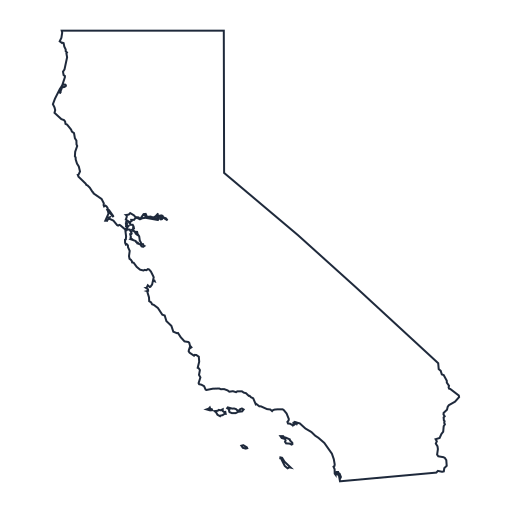 the State of California
{"feature_id": "USA-3521", "entity_name": "California", "entity_type": "State", "adm_level": 1, "iso_a3": "USA", "parent_name": "United States of America", "parent_adm1": "", "projection": "robinson", "projection_center": [-120.441, 37.266], "detail": "fine", "context": "isolated", "style": "outline", "palette": "slate", "viewbox_px": 512, "rotation_deg": 0, "n_neighbors": 0, "source": "natural_earth", "source_scale": "10m", "svg_char_len": 6028}
<svg xmlns="http://www.w3.org/2000/svg" viewBox="0 0 512 512"><path d="M436.3,472.6L340.0,481.3L339.0,475.8L338.3,474.7L336.0,474.0L335.9,473.4L336.7,472.6L338.2,473.3L340.4,478.0L340.9,477.0L339.6,473.7L337.8,472.5L337.9,472.0L336.5,472.0L335.4,472.9L335.5,474.7L334.7,473.6L334.6,469.2L333.5,466.7L334.5,465.9L334.7,464.4L333.8,459.2L331.9,453.7L324.3,442.9L318.4,437.8L315.2,435.7L311.5,432.1L305.4,428.5L299.8,423.4L296.2,422.4L297.0,423.5L296.8,423.9L295.6,422.1L294.3,422.3L293.4,422.7L293.6,424.7L292.8,425.3L290.0,423.7L288.0,423.5L287.4,421.9L288.6,420.4L288.8,419.0L286.6,413.5L283.8,410.1L282.6,409.3L277.7,409.3L274.5,409.6L272.9,410.2L272.1,411.1L270.3,409.5L267.0,409.1L260.8,406.3L259.3,406.3L256.1,403.8L255.7,404.2L253.2,398.3L250.9,397.2L249.6,395.8L248.8,395.9L246.0,393.2L243.7,392.6L241.9,391.3L237.3,391.3L236.1,392.2L232.9,391.2L229.3,391.7L227.6,390.4L224.1,389.1L220.8,389.2L219.2,388.5L212.8,388.7L206.4,390.0L205.6,389.6L204.1,386.2L201.4,384.7L199.1,384.2L198.6,383.1L200.4,377.4L199.0,374.9L199.9,370.1L198.8,368.3L197.7,367.8L199.2,361.7L198.8,356.7L196.3,355.0L194.6,354.9L194.0,355.7L189.6,352.7L188.7,351.4L188.8,350.3L190.2,346.1L190.4,348.0L191.4,347.3L190.0,345.7L189.2,342.7L188.3,342.0L184.5,341.4L180.7,337.2L178.0,333.0L177.0,333.2L173.3,331.7L171.4,325.9L166.4,321.1L164.7,315.5L162.3,314.7L157.9,308.0L153.8,304.9L152.1,304.3L151.1,302.4L149.2,301.2L149.0,297.4L147.5,292.5L147.6,291.3L147.0,291.1L148.1,290.8L148.0,289.3L146.0,287.9L146.6,287.8L147.8,285.3L149.7,287.0L150.4,286.8L152.1,284.5L153.0,280.6L154.7,281.3L154.4,280.5L153.1,280.0L153.7,277.3L153.1,275.9L150.9,271.5L149.1,269.5L147.9,269.1L146.4,270.2L144.6,269.9L143.5,270.5L140.1,269.7L136.7,266.9L133.7,262.8L132.1,262.4L132.1,261.6L130.9,259.8L129.5,258.8L129.0,256.1L129.7,250.9L128.0,247.2L127.9,245.4L126.7,244.1L125.9,244.6L125.1,242.8L125.0,239.8L125.8,239.4L126.1,236.4L125.4,230.9L126.5,230.4L126.9,229.5L129.6,229.5L131.7,233.3L131.4,234.0L130.2,234.2L130.9,236.9L130.5,238.0L131.7,238.9L130.9,239.3L135.7,241.0L136.1,242.0L137.7,242.6L137.4,243.4L140.3,244.4L141.6,246.4L143.2,246.8L144.3,246.0L143.5,245.6L143.1,244.2L141.9,244.1L141.3,243.4L139.8,240.5L139.2,236.4L138.1,234.7L137.5,234.2L137.2,234.8L135.7,233.6L135.3,232.7L137.3,232.7L137.1,231.9L134.5,231.7L133.9,230.9L132.6,230.8L132.9,229.8L132.2,229.6L134.0,228.5L133.7,227.0L133.2,227.1L133.3,225.9L132.7,224.8L130.3,224.8L130.4,224.2L128.8,222.1L130.1,222.5L130.2,221.9L131.6,221.0L131.3,219.9L134.0,219.9L134.9,218.6L136.8,217.7L139.9,219.3L142.5,218.2L145.5,217.8L157.9,220.0L158.2,219.6L156.7,218.9L158.2,218.1L158.6,216.5L161.1,215.7L162.1,216.1L162.3,216.9L162.0,217.5L160.6,217.5L160.1,218.3L160.9,219.4L162.0,219.1L162.6,217.3L167.5,220.3L165.9,218.3L163.4,217.4L162.5,215.8L161.3,215.4L158.3,216.0L157.5,218.0L155.8,219.0L154.4,218.7L154.3,217.5L156.8,216.0L158.2,213.4L155.6,216.3L153.4,217.5L151.7,217.0L149.7,217.9L148.5,217.7L149.3,216.7L146.8,216.9L145.1,215.8L146.3,215.2L145.7,213.9L143.6,214.1L140.6,218.4L139.5,218.4L138.5,217.4L135.5,217.1L133.9,215.3L130.2,213.1L128.7,214.6L126.0,215.0L126.6,215.5L126.8,216.8L125.8,219.6L128.2,221.2L126.3,221.9L126.8,223.2L125.9,223.3L125.9,224.0L128.4,226.1L127.6,227.0L127.0,225.8L126.1,225.5L126.0,226.5L126.9,227.1L127.2,228.5L124.9,229.2L120.3,225.3L119.3,224.9L118.1,225.6L117.1,225.1L113.4,220.6L109.5,218.8L109.1,218.1L109.6,217.3L108.5,217.6L109.0,219.0L107.3,219.8L107.2,220.5L107.9,220.8L105.3,220.7L108.5,213.6L107.9,211.0L106.7,208.9L113.3,217.0L113.1,215.9L109.1,210.2L107.8,209.2L107.5,207.8L106.5,206.4L105.4,205.6L104.1,206.4L103.6,205.1L103.8,203.3L101.6,199.0L93.5,193.4L93.3,192.5L92.4,191.8L89.8,187.7L87.5,185.4L86.3,184.9L85.7,183.7L78.5,176.7L77.8,174.9L78.5,174.7L80.0,171.5L78.8,166.5L77.0,163.6L75.7,159.5L75.6,157.4L74.9,156.3L75.2,151.7L77.2,146.0L76.5,144.4L76.4,140.6L74.9,138.2L74.0,133.1L71.9,131.6L71.1,129.6L67.1,124.6L65.5,123.9L65.1,121.5L64.0,120.1L61.3,119.1L54.5,112.8L55.2,110.1L54.5,107.4L52.9,104.2L55.0,98.6L59.7,89.3L60.1,89.7L58.9,92.2L60.2,92.8L60.7,92.0L60.5,90.4L61.1,90.0L62.0,87.4L64.3,87.0L65.7,86.2L65.9,85.3L65.2,84.6L63.1,84.5L61.3,88.1L60.4,89.4L60.0,89.0L62.3,85.1L64.9,77.2L64.9,76.0L63.6,75.1L63.0,71.7L64.5,69.4L67.1,57.3L66.4,53.3L67.0,52.5L65.7,51.2L65.7,49.5L64.3,46.6L63.6,43.1L62.5,42.7L62.0,43.0L59.7,41.3L61.4,37.8L62.2,32.6L61.7,30.7L223.8,30.7L224.1,172.9L297.9,235.1L356.3,287.7L438.2,363.2L438.7,369.1L440.7,370.8L441.8,374.4L443.7,375.1L446.8,380.8L446.8,382.6L449.0,385.8L448.6,387.2L449.0,388.6L450.3,389.0L458.8,395.5L459.1,397.1L455.0,401.7L448.8,405.2L447.7,406.8L447.0,409.7L443.6,412.9L443.5,414.5L444.7,416.3L443.6,417.4L443.9,420.5L444.6,421.2L444.2,422.9L444.9,424.3L443.7,426.2L443.2,431.7L441.4,434.0L439.6,438.0L435.6,439.2L436.8,441.3L435.8,443.6L437.5,446.3L437.9,449.1L437.1,454.6L438.3,456.3L443.5,457.2L444.9,458.0L446.3,460.2L446.7,465.8L444.3,468.1L443.8,471.4L442.1,471.8L437.9,470.9L436.3,472.6ZM243.6,409.5L242.1,411.4L238.2,411.8L235.7,413.1L231.8,413.1L229.5,412.1L229.0,410.7L229.4,409.6L227.2,408.2L227.8,407.4L232.2,408.6L234.1,408.5L236.0,409.1L237.1,410.2L239.1,410.5L239.8,410.2L240.1,409.2L241.9,408.5L243.6,409.5ZM222.7,409.3L222.6,410.9L224.2,412.1L225.3,411.9L225.7,413.9L224.5,413.9L222.5,415.2L220.5,415.6L220.1,416.2L217.5,414.8L216.1,412.4L214.6,411.1L217.7,410.8L218.7,409.9L220.6,410.3L222.7,409.3ZM285.1,439.0L281.7,438.0L280.4,436.1L283.1,436.1L284.6,437.7L285.5,437.5L289.8,439.4L289.9,440.3L292.3,442.8L292.4,444.1L291.6,444.6L289.6,443.6L286.1,443.4L285.0,441.8L285.6,440.6L285.1,439.0ZM284.5,461.7L290.7,467.6L289.4,467.3L287.6,468.3L284.8,466.0L280.9,458.2L280.3,458.2L280.4,457.4L282.1,457.8L284.5,461.7ZM243.3,445.2L246.8,447.3L247.2,448.2L245.7,448.6L242.8,447.8L241.4,445.7L243.3,445.2ZM210.3,408.9L211.8,409.2L212.2,410.2L210.1,410.4L206.6,409.4L208.8,408.6L209.8,407.5L210.3,408.9ZM295.1,422.4L295.5,422.8L294.7,423.0L295.0,424.1L294.2,424.7L294.1,424.0L294.7,423.8L294.5,423.1L293.7,424.1L293.8,423.2L295.1,422.4Z" fill="none" stroke="#1e293b" stroke-width="2"/></svg>